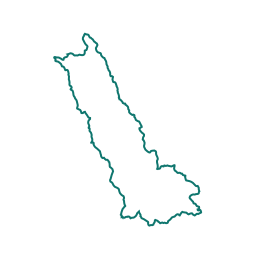 Thung Hua Chang, Lamphun, Thailand, rotated 344°
{"feature_id": "78962969B85097268198325", "entity_name": "Thung Hua Chang", "entity_type": "district", "adm_level": 2, "iso_a3": "THA", "parent_name": "Thailand", "parent_adm1": "Lamphun", "projection": "robinson", "projection_center": [99.068, 18.004], "detail": "fine", "context": "isolated", "style": "outline", "palette": "teal", "viewbox_px": 256, "rotation_deg": 344, "n_neighbors": 0, "source": "geoboundaries", "source_scale": "gbopen_adm2", "svg_char_len": 5826}
<svg xmlns="http://www.w3.org/2000/svg" viewBox="0 0 256 256"><g transform="rotate(344 128 128)"><path d="M76.7,43.3L77.1,43.9L79.0,44.9L79.6,45.5L80.5,46.8L81.3,48.1L81.5,50.5L82.6,51.1L83.0,51.6L83.3,52.1L83.7,55.1L84.1,55.3L85.2,55.3L85.5,55.4L85.9,55.8L86.1,57.2L85.9,59.6L85.4,60.3L85.5,62.1L84.5,65.1L84.6,66.3L84.4,67.9L83.7,70.1L83.7,70.8L83.8,71.2L84.5,71.8L84.9,72.6L85.0,73.3L84.9,73.8L83.8,74.6L83.5,75.1L83.9,75.7L84.8,76.5L85.0,76.9L85.1,78.5L84.7,81.4L84.8,82.5L85.3,83.8L85.3,85.0L86.0,86.6L86.2,87.9L86.0,92.2L85.4,93.5L84.7,94.5L84.5,95.0L84.5,95.3L87.0,97.5L87.3,98.5L87.4,100.8L88.6,101.2L89.0,101.1L89.6,100.7L90.6,100.5L91.1,100.6L91.2,101.7L92.2,104.4L92.8,106.7L93.1,107.2L94.3,107.9L94.0,108.9L92.3,109.9L91.6,110.9L91.2,111.9L91.1,112.5L91.4,115.1L91.0,116.1L90.5,116.4L90.2,117.0L90.3,117.3L90.9,117.8L90.9,118.4L90.3,119.9L90.3,120.4L91.1,122.2L91.2,124.0L91.1,124.9L90.7,125.7L90.5,126.6L90.6,128.9L90.0,130.7L89.6,131.1L88.6,131.9L88.6,132.0L90.5,132.4L90.8,132.7L90.8,133.3L90.4,134.1L90.6,135.6L90.8,136.4L91.3,137.5L92.7,139.4L94.6,142.6L94.6,143.2L94.5,145.2L94.6,146.2L94.4,147.8L94.7,149.1L95.4,149.9L96.7,150.0L97.2,151.3L98.0,152.5L99.4,152.9L99.8,153.5L100.1,154.2L100.1,155.0L100.6,155.7L100.3,158.1L99.9,159.5L99.9,160.5L100.8,161.6L101.7,163.3L101.7,165.5L99.4,168.6L97.2,172.2L96.5,173.0L96.3,173.7L96.3,174.2L96.4,174.7L97.5,175.9L97.9,176.9L98.3,179.1L99.1,180.8L101.5,182.9L102.3,184.2L102.2,186.5L102.3,188.3L103.1,190.1L103.5,190.8L104.9,192.3L105.0,193.5L104.9,194.2L103.9,195.7L104.1,196.9L103.7,199.0L103.6,201.0L103.9,201.7L103.8,202.3L102.6,202.9L100.4,204.5L98.7,206.9L97.7,208.7L97.6,209.6L97.3,209.7L97.6,210.3L97.5,210.8L97.7,211.0L97.7,211.5L97.4,212.0L98.1,212.1L98.3,212.6L98.5,212.3L98.7,212.7L99.1,212.8L100.0,213.3L101.4,212.9L102.8,213.1L103.2,213.3L103.5,213.1L104.0,213.2L104.6,213.5L105.2,214.2L105.4,215.2L105.6,215.5L106.7,215.3L108.8,215.7L110.3,215.2L111.5,214.6L112.7,213.4L113.3,212.5L115.5,211.3L115.4,212.3L116.1,214.8L116.0,215.5L115.6,216.2L116.0,217.0L116.2,218.4L118.1,220.0L121.3,223.7L121.4,224.2L121.0,225.3L120.9,226.5L121.2,227.3L121.7,227.7L123.2,227.6L124.7,228.1L125.7,227.9L126.2,227.1L127.7,225.8L128.4,224.2L128.9,223.9L130.6,225.2L131.1,225.8L131.3,226.5L131.9,227.0L132.7,228.4L134.8,228.3L135.8,229.1L137.1,229.1L138.4,230.0L139.6,230.1L140.2,229.9L140.9,228.6L143.4,227.6L145.6,226.1L147.3,225.9L148.3,226.0L150.5,224.8L151.6,224.5L152.7,225.0L153.0,225.4L153.3,226.1L153.6,226.3L155.8,224.3L157.1,223.6L157.9,224.2L160.8,225.5L161.8,227.1L162.5,227.7L164.3,227.4L165.8,227.6L166.1,227.8L166.6,229.1L167.9,230.4L168.3,230.4L170.3,229.5L170.8,229.5L171.7,230.0L174.9,229.4L175.1,229.1L175.1,228.3L175.1,227.6L174.9,226.9L173.2,226.7L172.5,226.3L172.4,225.9L172.5,225.4L173.7,225.4L174.1,225.2L174.4,224.4L174.5,223.3L173.2,222.4L172.6,221.9L172.0,219.7L171.8,219.5L171.4,219.1L170.5,218.7L170.3,218.5L170.2,216.8L169.3,215.2L168.6,213.6L168.1,212.9L168.0,212.0L168.6,211.0L169.3,210.4L170.8,209.9L172.3,209.8L173.9,210.4L175.1,210.3L176.7,210.6L177.6,210.5L177.9,210.3L178.6,208.9L179.1,208.6L179.1,208.3L179.1,206.6L179.5,204.9L179.0,202.9L178.0,202.8L177.2,202.3L175.3,198.7L174.0,197.2L172.6,196.1L169.5,194.4L169.3,193.6L169.4,190.5L169.5,190.2L170.0,189.9L170.0,189.6L167.9,188.4L167.4,186.8L166.6,186.6L165.7,185.5L164.8,185.1L163.7,185.0L163.2,184.7L162.3,183.0L161.3,181.8L161.1,180.7L161.2,179.4L162.3,177.4L162.4,177.1L162.4,176.6L161.7,176.5L159.8,176.9L159.1,176.9L156.2,175.4L155.7,174.9L153.9,174.9L152.7,174.1L152.4,174.1L151.8,174.7L151.4,174.7L150.3,174.0L149.5,174.0L148.7,174.4L147.8,175.5L147.3,175.8L146.8,175.8L146.0,175.5L145.4,175.7L144.8,175.3L145.5,174.4L146.0,173.1L146.3,171.7L146.4,169.4L146.8,167.6L148.0,166.2L148.2,165.5L148.2,164.0L147.8,161.5L147.9,160.4L148.3,159.2L148.3,158.2L148.1,157.9L147.1,156.9L144.9,156.5L143.8,156.5L142.5,157.5L141.7,157.4L140.4,156.1L138.8,153.6L138.3,150.7L138.4,150.2L138.5,149.6L139.4,148.0L139.9,146.7L139.7,144.3L139.1,143.4L139.0,143.1L140.0,141.1L141.2,140.0L141.6,138.7L140.8,137.2L140.1,136.4L138.9,133.8L138.7,132.2L138.9,131.4L140.0,131.3L140.7,130.8L141.5,130.7L141.5,129.5L141.1,128.2L141.0,127.2L140.5,124.9L139.1,123.9L137.8,122.4L137.6,120.0L137.1,119.0L137.2,118.7L137.6,118.0L137.6,117.3L136.7,116.6L136.0,116.7L135.7,116.6L134.3,114.9L133.5,113.4L133.5,112.8L134.0,111.4L133.5,110.1L133.8,108.1L133.7,107.4L132.8,105.8L132.0,104.9L132.1,104.2L131.9,103.7L131.0,103.5L129.9,102.5L129.9,101.7L129.1,99.8L128.3,98.4L127.7,98.1L127.5,96.4L128.0,96.0L128.0,94.9L128.2,94.2L128.1,92.1L127.9,91.2L128.2,90.5L128.1,89.2L128.6,88.5L128.9,86.7L128.5,84.7L128.7,83.9L128.5,83.2L128.6,82.4L128.4,81.1L127.9,80.3L126.6,79.8L126.4,79.1L126.5,76.9L127.5,75.1L127.6,74.6L127.1,74.2L126.8,73.7L125.8,73.5L125.6,73.3L125.5,72.3L125.7,71.1L126.0,70.5L126.0,69.2L125.9,68.3L125.3,67.3L125.3,65.9L125.0,64.9L125.1,63.9L125.4,63.2L124.9,61.0L125.3,58.4L125.2,57.2L124.8,55.9L124.6,54.2L123.9,53.8L123.4,53.2L122.7,51.9L122.3,50.9L122.4,49.0L122.2,48.5L119.9,46.9L119.2,45.6L119.0,44.7L119.0,43.3L119.2,42.3L120.6,40.9L121.5,39.8L121.4,38.5L121.2,38.0L120.5,37.3L119.9,36.2L119.3,35.6L118.5,33.0L117.7,32.1L117.2,31.1L116.2,30.4L115.6,27.5L114.1,26.6L113.6,26.5L112.6,25.6L111.7,26.2L111.2,27.2L110.5,27.7L109.6,28.8L109.3,29.5L109.1,30.2L109.9,34.4L110.4,36.0L111.3,37.5L111.5,38.1L111.5,38.6L109.9,41.2L109.4,41.6L108.1,41.6L107.8,41.7L107.0,44.2L106.5,44.8L105.9,45.3L105.1,45.5L104.3,45.4L103.1,45.0L101.5,44.1L99.6,44.4L98.2,43.9L96.7,43.6L96.1,43.0L95.4,41.7L94.5,40.9L93.2,40.3L91.6,40.5L90.3,40.5L90.5,40.8L90.3,41.4L89.8,42.0L89.2,42.6L88.4,42.8L87.1,42.7L86.2,42.9L85.7,43.2L84.8,44.6L84.4,44.6L83.7,44.2L82.9,43.1L80.9,41.2L78.4,40.3L77.3,39.6L76.8,39.6L76.5,39.9L76.5,40.3L77.3,41.8L77.1,42.7L76.7,43.3Z" fill="none" stroke="#0f766e" stroke-width="2"/></g></svg>